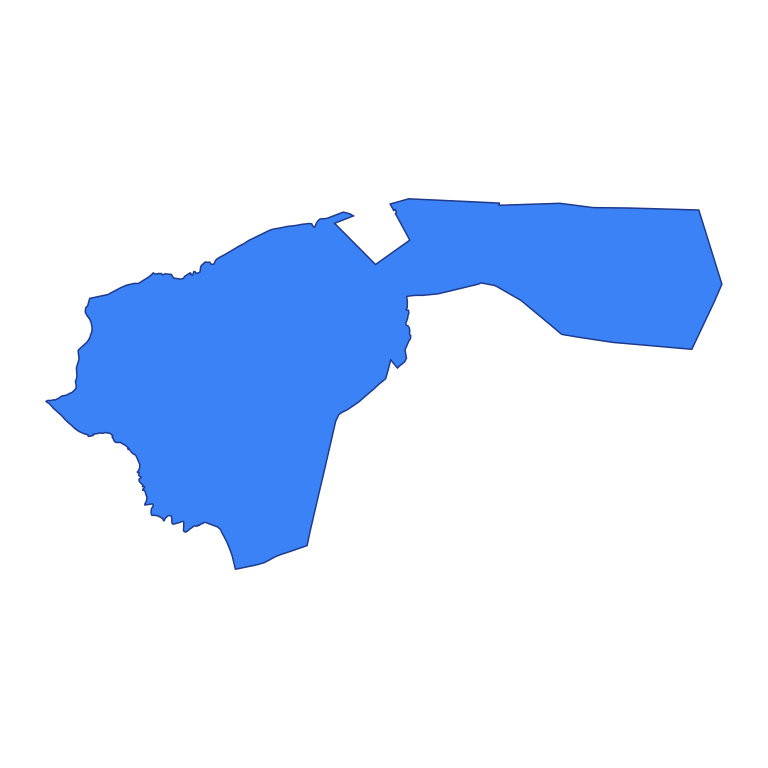 San Antonio, San Luis Potosí, Mexico
{"feature_id": "50627088B33273723403959", "entity_name": "San Antonio", "entity_type": "district", "adm_level": 2, "iso_a3": "MEX", "parent_name": "Mexico", "parent_adm1": "San Luis Potosí", "projection": "natural_earth1", "projection_center": [-98.884, 21.619], "detail": "fine", "context": "isolated", "style": "filled", "palette": "blue", "viewbox_px": 768, "rotation_deg": 0, "n_neighbors": 0, "source": "geoboundaries", "source_scale": "gbopen_adm2", "svg_char_len": 6006}
<svg xmlns="http://www.w3.org/2000/svg" viewBox="0 0 768 768"><path d="M714.5,301.3L721.9,284.2L698.8,210.0L628.7,208.0L593.1,207.6L560.0,203.3L499.1,205.3L499.3,203.1L408.7,198.8L390.2,204.0L393.7,210.5L395.3,209.6L396.0,211.2L396.2,212.4L396.3,212.9L395.4,213.6L409.8,240.1L375.5,264.5L334.6,223.3L353.4,215.9L349.9,213.8L343.3,212.1L326.9,218.4L320.0,219.0L317.8,221.0L316.3,223.3L314.7,227.1L312.9,226.2L311.7,223.8L309.2,223.5L302.2,224.3L295.0,225.6L287.6,226.4L280.4,227.9L274.5,228.9L272.0,229.4L268.3,230.9L249.0,240.3L242.6,244.4L239.4,245.9L224.9,254.5L218.9,257.7L218.1,258.2L217.2,258.8L216.4,259.6L215.7,260.2L215.3,260.8L214.8,262.2L214.3,263.1L214.0,263.7L213.6,264.2L212.9,264.3L212.1,264.3L211.2,264.2L210.0,262.5L209.9,262.3L209.7,262.2L209.0,262.1L206.5,262.3L205.5,262.0L205.2,262.0L203.8,263.3L201.7,265.2L201.0,266.1L200.6,267.3L200.0,271.9L198.1,273.1L196.0,273.1L194.9,271.6L193.7,271.7L193.3,273.2L193.0,274.6L192.4,274.9L191.5,274.7L190.6,274.3L190.9,273.3L189.9,272.9L184.8,276.3L183.3,278.4L180.8,279.1L173.6,278.0L172.5,276.3L171.2,274.4L167.7,274.1L165.1,273.8L163.9,274.3L162.8,275.0L161.9,274.2L161.2,273.5L159.1,273.5L155.3,274.1L153.2,272.9L151.7,274.5L148.7,277.0L138.3,283.5L134.3,283.4L132.6,283.8L126.8,285.1L122.7,286.8L120.8,287.7L119.0,288.6L111.0,292.8L108.1,294.5L89.7,298.4L87.6,306.0L86.3,307.0L85.6,308.0L85.2,312.0L86.8,315.3L89.8,319.4L91.0,322.2L91.7,325.3L92.1,327.9L91.9,331.5L91.1,333.7L90.4,335.5L89.9,337.4L89.4,338.3L88.6,339.7L87.1,342.0L79.2,349.2L78.4,350.1L78.1,351.0L79.1,358.8L76.4,367.9L76.8,374.5L77.0,375.6L76.2,379.7L75.4,381.4L76.0,384.5L76.2,386.6L76.1,387.7L75.0,389.6L71.9,392.5L69.4,393.5L66.6,395.1L62.1,396.0L61.4,396.2L59.3,397.8L55.3,399.9L53.0,399.9L50.5,400.6L48.8,400.4L47.6,400.5L46.1,401.3L47.0,402.2L49.3,403.7L50.8,405.3L52.2,406.8L53.5,408.4L56.0,410.6L58.7,413.0L61.5,415.5L64.1,418.5L66.2,420.7L68.0,422.3L69.5,423.7L71.6,425.3L72.3,426.1L73.7,427.4L74.4,428.1L74.8,428.5L75.3,429.0L76.1,429.4L76.9,430.0L77.9,430.7L78.6,431.2L79.4,431.6L79.9,431.9L80.9,432.3L82.0,432.8L82.9,433.3L83.9,433.7L84.7,433.9L85.2,434.1L85.6,434.1L86.0,434.2L86.5,434.2L86.7,434.4L87.4,434.7L87.9,434.8L88.0,435.7L88.3,436.3L89.1,436.4L90.7,436.0L93.1,435.5L93.2,434.3L93.7,434.4L95.0,433.9L96.5,433.7L98.1,433.4L99.5,433.1L99.9,433.0L100.4,433.0L101.1,433.1L101.9,433.3L102.6,433.3L103.2,433.2L104.2,432.9L105.0,432.7L106.0,432.6L106.5,432.6L107.1,433.0L107.9,433.2L109.0,432.9L109.9,433.3L110.8,434.0L111.6,434.7L112.2,435.2L112.8,435.8L112.5,436.1L112.2,436.8L112.3,437.4L112.8,438.2L113.2,438.6L114.0,440.7L114.5,441.3L115.4,442.2L115.9,442.4L117.0,442.5L118.5,442.5L119.9,442.4L120.3,442.3L121.1,442.9L123.5,444.3L125.2,445.3L126.5,446.2L126.9,446.6L127.7,447.4L128.3,448.0L127.8,448.5L128.0,449.1L128.3,449.5L129.2,449.1L130.2,450.6L130.9,451.5L131.6,452.4L132.4,453.2L133.3,454.0L134.1,454.3L134.7,454.6L135.3,454.9L135.7,455.4L136.2,456.3L137.4,458.7L137.8,459.8L138.9,462.5L139.5,463.8L139.6,464.3L139.7,464.8L139.7,465.9L139.7,467.8L139.2,468.7L138.9,469.7L138.9,470.0L138.6,470.6L138.4,470.8L138.1,471.1L137.6,471.6L137.4,471.9L137.4,472.3L137.6,472.5L137.9,472.6L138.6,472.7L138.9,472.8L139.0,472.8L139.0,473.3L138.8,475.2L138.9,475.4L139.0,475.7L139.3,476.0L139.6,476.2L140.1,476.5L140.6,476.8L140.9,477.2L141.0,477.4L141.1,477.7L141.0,477.8L140.6,478.1L140.0,478.4L139.5,478.7L139.2,479.3L139.0,479.9L139.0,480.3L139.0,480.7L139.2,481.2L140.0,482.3L140.9,483.3L141.9,484.2L142.6,484.9L142.9,485.3L143.0,485.7L142.7,486.0L142.5,486.5L142.8,486.7L143.3,486.6L143.7,486.4L143.8,486.4L144.2,486.5L144.5,486.6L144.5,487.0L144.4,487.6L144.1,488.1L143.7,488.3L143.1,488.9L142.7,489.5L142.7,489.9L142.8,490.2L143.1,490.4L143.4,490.4L143.7,490.2L144.0,490.2L144.4,490.7L144.8,491.1L145.2,491.9L145.5,492.5L145.6,493.7L146.0,494.9L146.5,495.7L146.7,496.6L146.7,497.3L146.9,498.1L146.9,498.7L146.6,499.8L146.3,501.3L145.7,502.5L145.2,503.4L144.8,504.0L144.9,505.0L147.4,504.6L149.8,504.3L152.1,503.9L152.9,504.2L153.1,504.8L153.0,506.2L152.2,507.5L151.5,508.6L151.2,510.0L151.1,511.4L151.1,513.0L151.3,514.4L151.8,515.2L152.8,515.3L153.8,515.3L155.6,515.5L157.0,515.7L158.2,516.0L159.2,516.6L160.9,517.5L161.9,518.2L162.9,518.9L163.3,519.8L163.4,520.5L163.8,520.7L164.3,520.6L164.6,519.5L165.7,517.9L166.7,517.1L167.3,516.2L168.7,515.6L169.9,515.6L170.9,516.0L171.5,516.8L171.8,518.2L171.8,519.7L171.8,521.1L171.9,522.6L172.2,523.4L172.6,523.8L173.0,524.1L173.7,524.1L175.6,523.6L178.2,522.9L179.3,522.6L180.6,522.1L182.5,521.4L182.9,521.4L183.4,521.6L183.7,521.9L183.8,522.4L183.7,524.9L183.7,526.9L183.5,529.0L183.5,530.2L183.6,530.7L183.8,531.1L184.3,531.7L184.9,531.9L185.6,532.0L186.8,531.5L187.7,530.8L190.3,528.7L192.3,527.4L193.6,526.3L194.8,525.8L195.3,526.0L195.8,526.1L196.8,526.1L197.4,526.1L198.2,525.1L198.4,524.9L198.8,525.2L199.0,525.4L199.3,525.4L199.6,525.1L200.0,524.8L200.4,524.5L201.1,523.7L202.6,523.7L203.3,522.7L205.4,522.4L217.7,527.0L220.7,529.8L221.5,531.9L225.5,539.4L227.1,542.6L229.8,549.2L232.1,555.6L233.9,563.0L235.4,569.2L239.7,568.4L257.3,564.7L264.7,562.5L275.0,556.9L281.1,554.4L285.9,552.9L307.1,545.6L310.2,530.9L317.4,500.0L318.6,494.7L323.7,473.3L335.5,422.0L335.7,421.2L338.8,414.6L341.6,412.6L347.7,409.5L358.6,402.1L368.5,393.5L373.6,389.2L378.7,384.4L383.4,380.6L385.7,378.6L388.2,369.8L390.7,359.9L397.4,368.0L399.9,365.7L403.5,362.8L404.7,361.6L405.2,360.9L405.7,359.6L406.5,358.2L405.0,349.9L405.1,349.7L409.0,340.7L410.4,338.7L410.8,335.8L409.5,334.5L409.6,332.4L409.7,330.3L409.4,328.5L409.2,327.8L408.4,326.3L406.8,325.4L406.3,325.1L405.8,323.2L407.1,320.0L407.6,318.4L407.9,316.0L408.6,313.9L408.9,312.3L408.4,310.2L406.5,310.3L406.1,309.4L407.2,307.8L407.3,305.5L407.4,301.7L406.7,296.6L407.8,296.2L413.4,295.5L418.2,295.3L422.3,295.4L437.6,293.9L441.2,293.1L477.3,284.4L478.6,284.0L481.1,282.9L490.9,284.8L493.8,285.3L496.2,286.2L520.8,300.3L549.4,324.0L561.2,334.0L562.4,334.5L578.4,337.2L612.9,342.4L691.8,349.3L714.5,301.3Z" fill="#3b82f6" stroke="#1e3a8a" stroke-width="1.5"/></svg>